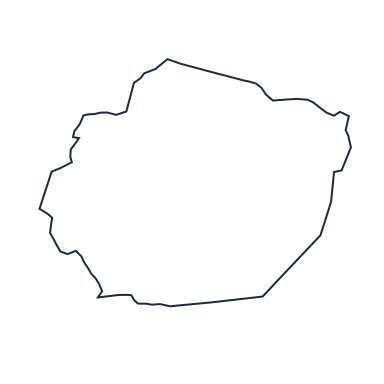 outline of Lagoa dos Gatos, Pernambuco, Brazil, rotated 193°
{"feature_id": "56859067B58434745416695", "entity_name": "Lagoa dos Gatos", "entity_type": "district", "adm_level": 2, "iso_a3": "BRA", "parent_name": "Brazil", "parent_adm1": "Pernambuco", "projection": "albers", "projection_center": [-35.881, -8.68], "detail": "fine", "context": "isolated", "style": "outline", "palette": "slate", "viewbox_px": 384, "rotation_deg": 193, "n_neighbors": 0, "source": "geoboundaries", "source_scale": "gbopen_adm2", "svg_char_len": 1102}
<svg xmlns="http://www.w3.org/2000/svg" viewBox="0 0 384 384"><g transform="rotate(193 192 192)"><path d="M260.0,68.1L240.5,75.1L232.9,77.0L228.0,77.8L223.9,73.5L219.5,71.1L211.4,72.9L205.8,73.2L198.0,75.6L187.8,75.7L149.2,88.5L109.0,102.7L99.7,106.0L93.3,117.0L89.9,122.9L57.2,178.5L56.0,191.7L54.3,213.9L58.1,243.4L51.1,246.7L47.2,271.2L52.5,282.2L56.2,286.8L56.2,294.0L56.2,301.2L65.8,303.4L70.9,298.3L78.8,299.6L86.0,302.8L94.7,306.8L100.3,307.9L110.9,306.3L123.6,302.5L133.7,299.3L141.9,303.6L147.5,308.9L153.6,312.0L160.6,312.5L165.5,312.3L200.4,313.3L231.6,314.4L245.8,315.9L255.3,303.6L265.3,296.9L267.7,291.2L273.1,285.4L274.1,255.6L283.4,250.1L292.4,250.4L298.8,248.8L304.4,246.1L310.5,244.3L315.0,242.2L316.6,233.0L320.3,224.7L320.3,218.7L314.2,219.1L316.1,214.4L319.7,206.2L318.5,199.0L315.8,194.0L325.6,185.7L333.3,180.3L336.8,141.2L328.3,138.5L322.5,135.5L321.9,127.7L321.1,120.3L316.4,115.1L312.6,110.6L306.8,104.4L299.4,103.5L291.9,108.5L285.3,104.4L281.4,99.3L275.8,94.1L271.7,89.6L266.5,86.2L262.2,81.9L257.2,75.1L260.0,68.1Z" fill="none" stroke="#1e293b" stroke-width="2"/></g></svg>